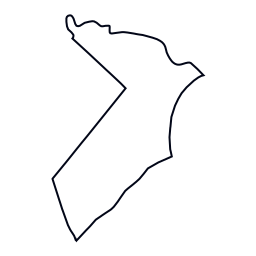 Quan 1, Hồ Chí Minh city, Vietnam
{"feature_id": "81297802B34545275526363", "entity_name": "Quan 1", "entity_type": "district", "adm_level": 2, "iso_a3": "VNM", "parent_name": "Vietnam", "parent_adm1": "Hồ Chí Minh city", "projection": "natural_earth1", "projection_center": [106.697, 10.775], "detail": "fine", "context": "isolated", "style": "outline", "palette": "ink", "viewbox_px": 256, "rotation_deg": 0, "n_neighbors": 0, "source": "geoboundaries", "source_scale": "gbopen_adm2", "svg_char_len": 1743}
<svg xmlns="http://www.w3.org/2000/svg" viewBox="0 0 256 256"><path d="M97.1,23.1L96.6,22.7L94.1,21.4L92.3,21.2L89.2,21.7L84.7,22.8L79.9,25.8L78.1,26.2L76.5,25.8L75.3,24.0L73.5,18.5L72.1,16.3L70.8,15.4L69.5,15.4L68.1,15.8L66.9,16.9L66.4,18.4L66.4,21.8L67.0,26.3L68.2,29.4L71.4,32.3L73.3,34.7L73.5,35.8L73.1,37.6L72.4,38.5L87.8,52.6L98.3,62.4L106.2,69.8L111.1,74.3L120.9,83.5L125.6,88.3L111.7,105.6L87.1,136.2L81.9,142.5L76.9,148.7L70.5,156.7L65.1,163.4L64.0,164.7L62.7,166.3L54.1,176.8L53.1,178.0L52.5,178.9L59.5,200.8L59.6,201.0L62.4,209.8L62.5,209.9L67.9,225.0L68.1,225.5L68.4,226.0L69.8,228.9L70.8,230.7L72.8,233.7L74.1,235.7L74.9,237.7L75.5,239.4L75.8,239.1L76.5,240.6L79.5,237.4L86.0,230.4L90.0,226.3L95.8,219.7L98.4,217.9L100.8,216.3L101.6,215.7L105.9,212.8L110.5,209.8L111.5,209.0L113.8,206.8L117.8,201.6L120.5,197.6L122.1,195.3L125.2,190.9L127.8,188.6L132.7,184.7L133.6,184.0L133.9,183.7L136.1,181.9L139.5,178.8L143.6,173.9L147.9,168.4L158.4,162.4L171.8,156.5L170.8,151.8L170.2,149.3L169.5,137.2L170.3,127.5L170.4,127.2L171.4,117.0L175.0,105.7L178.3,98.8L181.6,93.2L186.6,87.3L193.9,80.6L198.1,77.6L198.4,77.4L201.3,75.9L203.5,75.3L197.4,69.0L190.9,63.1L189.6,62.6L188.0,62.6L185.6,63.1L181.2,64.4L179.3,64.7L178.0,64.7L176.5,64.4L175.0,63.8L173.9,63.1L172.3,61.8L171.1,60.3L169.7,58.3L168.1,55.5L166.7,52.4L166.0,49.6L165.3,47.0L164.7,45.7L164.0,44.4L163.0,43.2L162.5,42.7L161.9,42.1L160.0,40.8L157.0,39.2L152.6,37.7L146.8,36.1L142.7,35.0L139.1,34.5L136.1,34.0L135.2,33.8L133.6,33.5L127.3,32.5L124.5,32.2L123.5,32.1L123.1,32.1L122.3,32.1L116.2,32.9L111.8,33.5L110.3,33.2L109.7,32.2L109.6,30.1L109.7,26.8L109.4,25.9L108.6,25.7L105.6,25.8L102.7,26.3L101.2,26.2L99.8,25.4L97.1,23.1Z" fill="none" stroke="#020617" stroke-width="2"/></svg>